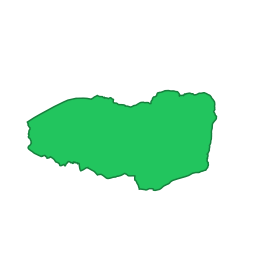 Sora, Boyacá, Colombia, rotated 32°
{"feature_id": "7082276B62780892273101", "entity_name": "Sora", "entity_type": "district", "adm_level": 2, "iso_a3": "COL", "parent_name": "Colombia", "parent_adm1": "Boyacá", "projection": "natural_earth1", "projection_center": [-73.444, 5.584], "detail": "fine", "context": "isolated", "style": "filled", "palette": "green", "viewbox_px": 256, "rotation_deg": 32, "n_neighbors": 0, "source": "geoboundaries", "source_scale": "gbopen_adm2", "svg_char_len": 5715}
<svg xmlns="http://www.w3.org/2000/svg" viewBox="0 0 256 256"><g transform="rotate(32 128 128)"><path d="M170.0,173.9L170.7,173.3L172.1,172.6L175.3,171.2L175.9,171.1L176.5,170.6L177.1,169.9L177.4,169.3L178.1,168.2L181.0,166.5L181.6,166.4L181.9,166.4L182.2,167.0L182.4,167.2L183.1,167.0L184.2,166.4L187.2,163.4L187.5,162.9L188.2,161.2L188.5,159.9L189.1,158.2L190.8,155.4L191.9,153.9L192.4,152.6L192.5,151.4L193.2,149.7L193.9,148.5L197.0,144.8L202.5,138.7L204.6,136.1L206.7,132.2L209.0,129.9L211.5,128.3L212.1,127.7L212.4,127.0L212.7,126.5L213.1,126.0L214.2,124.9L215.3,123.4L216.2,122.6L216.3,122.3L216.3,121.4L216.2,120.9L216.4,119.9L216.5,119.4L216.4,119.0L216.0,118.3L216.0,117.3L215.9,117.1L215.5,116.4L215.2,116.0L214.9,115.7L214.4,115.4L214.4,114.9L214.0,114.7L213.0,114.5L212.8,114.3L212.0,113.2L211.8,112.8L211.7,112.4L211.5,112.1L211.5,111.7L211.1,111.7L211.1,110.9L210.8,110.0L210.7,109.5L210.0,108.4L209.8,108.2L209.6,108.1L209.2,108.3L209.0,108.2L209.3,107.7L208.8,103.9L208.6,103.6L208.4,103.2L208.1,102.9L207.4,101.0L207.0,100.3L206.3,99.6L206.3,99.4L206.3,98.4L206.1,97.2L205.9,96.7L204.9,94.8L204.6,93.6L204.3,92.8L204.1,92.6L203.2,90.9L201.9,88.8L201.6,88.2L201.0,87.5L200.2,86.0L199.8,84.6L199.5,83.7L197.9,80.7L197.5,79.8L197.4,78.9L197.6,76.7L198.0,74.2L197.9,73.3L197.8,72.9L197.3,72.2L197.0,71.4L196.8,71.2L196.5,71.1L195.6,71.0L195.3,70.9L194.7,70.4L193.8,69.6L193.4,69.4L192.3,69.0L192.1,68.8L192.0,68.6L191.9,68.0L191.9,66.7L191.9,66.4L191.1,65.5L190.7,64.7L189.9,63.8L189.0,61.9L187.6,60.1L186.9,59.7L184.9,58.8L183.7,58.5L183.0,58.2L182.1,57.6L181.0,57.2L180.3,57.0L179.5,57.0L178.5,57.2L176.3,57.3L174.0,57.7L173.5,58.0L171.5,59.9L170.2,60.6L169.8,61.0L169.5,61.5L168.7,62.9L168.2,63.5L167.6,64.1L166.9,64.7L166.2,64.9L165.8,64.9L165.1,64.6L164.8,64.6L163.7,65.4L163.3,65.5L162.9,65.4L161.6,65.9L159.5,67.8L159.2,68.1L159.0,68.7L158.9,68.9L158.2,68.9L158.1,69.0L157.8,69.9L157.8,70.3L158.0,70.8L158.0,71.0L157.5,71.3L156.7,71.4L155.8,72.4L155.0,72.5L154.8,72.6L154.6,73.6L154.4,73.5L153.8,72.2L153.3,71.9L151.5,71.2L150.7,71.1L150.3,71.2L149.2,71.8L147.3,72.3L146.9,72.5L146.4,73.0L145.8,73.1L145.4,73.5L144.6,74.0L143.2,74.5L142.3,74.9L139.9,76.6L139.3,77.2L139.1,77.6L137.0,80.3L136.1,80.9L134.8,82.3L134.8,82.6L134.7,82.7L134.5,82.8L134.5,83.2L134.8,84.6L135.1,85.3L135.0,85.7L134.7,86.5L134.3,87.3L134.1,87.5L133.7,87.8L133.3,88.1L133.1,89.9L133.4,90.4L133.6,90.8L133.5,93.2L134.0,94.3L134.2,94.9L134.4,95.1L133.8,95.7L133.5,95.8L132.9,95.8L132.0,95.7L131.6,95.8L130.4,96.5L128.7,97.7L127.5,98.0L126.9,98.4L126.2,98.9L125.3,99.6L124.7,100.5L123.2,103.3L123.0,104.0L122.9,104.2L122.3,104.8L121.0,106.0L120.1,107.7L119.8,108.1L119.0,108.9L118.6,109.1L117.5,109.3L117.1,109.5L116.2,109.6L115.3,110.2L114.7,110.4L114.1,110.9L113.6,110.4L112.2,110.6L111.4,111.1L110.8,111.3L107.5,113.2L107.2,113.2L106.2,113.0L105.7,113.0L105.3,113.0L104.7,113.2L103.7,113.8L102.7,114.1L102.3,114.1L101.9,113.9L101.4,113.4L101.3,113.2L101.1,112.7L100.9,112.4L100.7,111.7L100.3,111.5L100.1,111.5L99.6,111.8L99.2,111.8L98.3,111.5L97.4,111.5L96.9,111.7L96.8,111.8L96.7,112.2L96.2,112.7L95.8,113.5L95.6,113.6L94.7,113.6L93.1,114.2L92.9,114.5L92.2,114.7L91.9,114.6L91.9,115.1L91.3,115.0L90.7,115.2L90.1,115.0L89.6,115.0L87.4,116.3L86.3,116.6L84.7,116.7L84.3,117.6L83.0,119.7L82.3,121.6L81.9,122.1L81.7,123.0L77.6,124.6L74.5,126.3L68.1,130.5L62.3,136.2L59.9,139.7L54.1,149.0L46.2,163.0L42.9,169.1L39.8,175.7L39.5,176.3L40.2,176.9L40.9,177.1L41.2,177.3L41.5,178.0L41.5,178.3L41.8,178.6L43.1,179.2L43.9,179.6L44.6,179.7L44.9,180.0L45.4,180.8L45.6,181.2L45.6,181.6L45.4,182.1L45.4,182.4L45.8,183.2L46.0,183.9L46.4,184.3L46.5,184.7L46.6,185.6L46.7,185.8L46.8,186.0L47.6,186.2L47.8,186.5L48.0,187.0L48.1,188.1L48.4,188.5L49.0,188.9L49.5,188.9L50.1,188.8L50.5,188.9L51.0,189.4L52.7,190.4L53.0,190.8L53.2,191.4L54.0,191.9L54.1,192.2L54.0,193.3L54.0,194.6L53.9,195.1L53.4,196.0L53.6,197.4L53.9,197.8L54.4,198.2L54.9,198.4L57.3,198.7L59.4,198.7L61.0,199.0L62.3,199.0L67.6,198.4L68.7,198.2L69.4,198.2L69.6,198.1L70.0,197.5L70.5,197.3L70.6,197.1L70.5,196.6L71.0,196.3L71.7,195.5L72.6,195.3L72.9,195.4L73.0,195.7L73.3,195.8L74.6,195.7L74.8,195.9L75.2,196.5L75.4,196.5L75.5,196.4L75.9,196.0L76.8,195.2L77.2,194.3L77.5,193.5L77.7,193.4L78.2,193.6L79.8,193.5L82.0,193.8L83.7,194.6L84.6,195.0L84.8,195.0L85.5,194.8L87.1,194.6L88.4,194.6L88.8,194.9L90.0,195.8L90.4,195.9L90.9,195.6L91.5,195.1L92.3,193.8L92.9,193.1L93.0,192.9L94.0,193.4L94.4,193.5L94.7,193.4L94.8,192.9L94.6,191.7L94.7,191.1L94.6,190.4L94.9,190.1L95.0,189.8L95.1,189.3L95.1,188.3L95.2,188.1L96.2,187.6L96.6,187.5L96.8,187.5L97.3,187.8L98.2,187.7L98.3,187.6L99.0,186.9L99.2,187.0L99.8,187.3L100.0,187.2L100.3,186.6L100.2,186.1L100.0,185.7L100.1,185.4L100.3,185.4L101.0,185.6L101.3,185.2L101.5,185.0L102.2,185.2L102.3,185.2L102.8,184.9L103.1,184.5L103.3,184.4L103.5,184.4L103.6,184.5L104.3,185.0L104.5,184.8L104.7,184.3L105.0,184.1L105.5,184.2L105.9,184.5L106.0,184.8L106.5,185.5L108.4,187.7L109.7,188.9L110.7,189.3L112.2,187.0L113.6,184.1L113.9,183.7L114.4,183.4L114.8,182.9L115.0,183.2L116.6,183.0L119.7,182.9L121.7,182.7L123.2,182.9L126.9,184.0L127.2,183.9L127.3,183.3L127.7,183.0L128.0,182.9L128.7,182.3L128.9,182.2L129.6,181.6L129.8,181.5L132.3,181.5L135.9,181.9L137.0,181.8L138.1,181.2L139.8,179.6L141.4,177.7L142.4,176.9L143.5,176.1L144.3,174.7L145.2,174.1L147.0,172.1L147.5,171.4L149.1,168.5L149.4,168.2L149.9,168.3L151.3,168.0L152.9,168.3L153.5,168.3L154.1,168.1L154.8,167.7L157.5,165.9L159.2,165.0L159.6,165.5L159.7,165.9L160.3,167.0L160.8,167.8L161.0,167.9L161.4,168.5L161.8,168.3L162.7,168.6L164.3,169.5L165.0,170.1L166.1,170.6L166.3,170.6L167.0,171.1L168.3,172.3L169.3,173.1L170.0,173.9Z" fill="#22c55e" stroke="#15803d" stroke-width="1.5"/></g></svg>